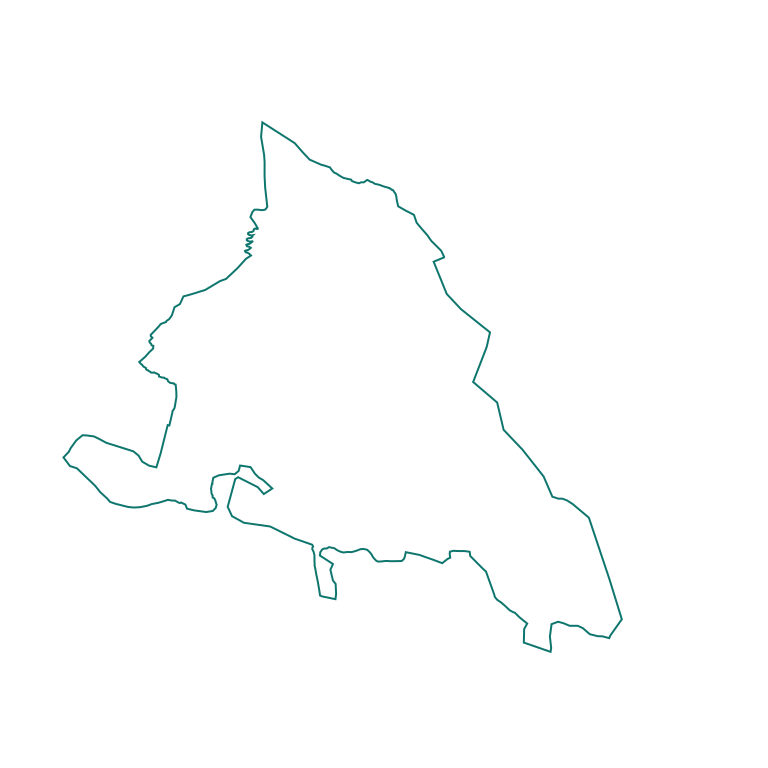 Birnin Kudu, Jigawa, Nigeria, rotated 105°
{"feature_id": "59680162B7272699675434", "entity_name": "Birnin Kudu", "entity_type": "district", "adm_level": 2, "iso_a3": "NGA", "parent_name": "Nigeria", "parent_adm1": "Jigawa", "projection": "equal_earth", "projection_center": [9.426, 11.485], "detail": "fine", "context": "isolated", "style": "outline", "palette": "teal", "viewbox_px": 768, "rotation_deg": 105, "n_neighbors": 0, "source": "geoboundaries", "source_scale": "gbopen_adm2", "svg_char_len": 4869}
<svg xmlns="http://www.w3.org/2000/svg" viewBox="0 0 768 768"><g transform="rotate(105 384 384)"><path d="M537.9,674.6L542.0,669.3L544.5,666.2L544.9,658.8L557.1,636.6L561.8,630.3L566.4,621.5L568.8,618.1L569.2,612.1L569.0,599.4L568.1,593.8L566.1,587.7L563.0,581.4L560.0,577.1L557.2,571.3L554.2,566.4L551.8,562.7L551.5,558.8L550.7,555.7L551.7,551.9L551.8,550.4L551.0,549.2L551.9,544.6L555.4,542.0L555.2,534.6L553.7,522.6L551.0,516.6L547.4,514.5L544.3,514.4L544.0,514.4L539.7,517.1L538.2,518.6L538.2,519.7L537.6,520.4L536.3,520.5L534.7,522.1L529.8,524.0L524.9,524.3L524.6,523.9L523.6,524.3L518.7,524.6L514.9,519.8L510.6,510.0L509.8,504.9L505.6,501.9L500.0,501.9L498.8,491.4L504.0,485.5L506.8,480.7L508.1,475.9L513.8,464.9L521.4,471.6L516.3,479.3L511.8,500.8L514.4,503.1L543.1,503.2L551.0,496.6L554.3,483.3L551.1,457.1L556.5,430.2L557.8,411.8L559.3,410.4L560.7,410.8L562.2,410.5L563.2,409.5L564.6,408.4L567.3,406.9L573.8,405.1L575.5,404.5L577.3,404.1L578.9,403.2L581.6,401.9L585.3,400.2L589.6,398.0L593.3,396.2L600.3,393.0L604.9,391.0L605.2,388.8L605.0,385.6L604.4,375.2L599.2,375.9L589.6,379.0L587.1,382.4L577.3,387.7L571.1,386.7L566.3,401.5L562.9,402.0L559.7,400.8L558.4,399.2L557.7,396.7L555.8,394.9L555.5,389.3L556.4,387.0L557.0,384.5L557.3,382.1L557.2,379.5L555.8,376.0L554.7,371.7L553.2,369.1L551.4,366.3L549.7,364.1L548.6,361.0L548.5,357.3L550.2,354.1L552.0,351.7L553.9,350.1L555.4,347.9L556.7,345.8L557.1,344.0L556.3,341.2L554.4,336.3L553.3,331.1L551.0,323.1L550.4,321.1L547.7,319.4L545.2,319.2L540.8,319.4L539.9,305.4L540.4,299.9L541.0,291.4L542.0,281.4L536.5,277.3L534.7,275.1L531.0,276.6L528.9,276.9L527.2,273.9L526.2,269.3L524.5,262.9L523.9,257.8L527.8,256.2L536.2,241.8L538.8,236.9L559.1,222.9L561.0,221.8L563.0,219.1L565.0,213.7L567.0,209.6L570.0,204.1L571.0,200.1L571.0,198.5L574.1,193.1L576.9,186.9L578.3,183.7L584.4,185.2L597.6,182.0L599.6,153.8L595.7,154.2L585.0,158.4L572.6,160.0L568.6,154.3L568.6,148.9L569.5,142.1L567.4,134.1L568.4,128.7L572.4,120.5L572.3,112.4L571.2,107.6L571.2,100.7L568.4,100.3L549.7,93.4L514.4,115.6L474.2,142.2L460.1,151.5L451.2,170.5L449.1,177.0L448.6,182.0L449.6,185.8L449.3,192.2L432.0,205.9L411.6,233.2L397.3,256.6L372.6,269.9L359.0,298.4L321.8,294.4L315.7,294.6L306.7,295.0L300.2,309.8L291.8,329.0L280.8,346.7L253.0,367.7L246.2,358.8L245.7,358.8L245.4,359.0L245.1,359.3L240.5,363.2L233.5,375.4L229.0,380.7L224.7,387.2L219.8,394.2L212.9,398.8L210.8,408.3L208.7,416.3L203.4,419.1L199.8,420.6L197.5,421.9L194.6,425.3L194.6,425.5L194.5,425.8L194.5,426.0L194.4,426.0L194.4,426.3L194.3,426.5L194.2,426.8L194.2,427.0L194.1,427.3L194.0,427.5L193.9,427.8L193.9,428.0L193.8,428.4L193.7,428.5L193.6,428.8L193.5,429.0L193.5,429.3L193.4,429.3L193.4,429.5L193.3,429.8L193.3,434.9L192.8,440.0L193.0,444.6L192.1,447.4L192.2,448.7L192.1,449.4L191.5,451.4L191.2,452.7L191.4,453.2L194.4,455.7L195.2,458.5L196.6,460.2L196.6,464.7L196.2,467.6L195.1,468.7L195.3,472.2L195.4,476.6L194.3,480.9L193.1,484.3L192.5,487.3L190.4,490.4L188.8,492.2L188.4,498.2L188.5,501.2L186.5,514.0L186.4,514.1L181.2,522.5L174.5,532.5L166.8,556.6L162.8,569.2L177.1,566.7L193.5,559.2L200.4,556.8L214.3,553.1L225.1,549.6L243.0,542.6L244.9,543.2L246.4,544.0L247.7,546.9L248.3,551.3L249.2,554.3L252.2,555.7L257.4,556.2L261.6,551.0L264.4,548.1L265.3,547.4L266.1,546.3L266.7,546.1L267.1,546.7L267.2,548.8L268.4,549.8L269.5,549.5L270.1,549.9L271.0,550.4L271.6,551.7L272.3,553.3L273.3,554.3L274.5,554.0L275.0,552.5L274.8,550.4L274.3,549.3L274.6,549.5L275.7,549.2L276.3,549.6L277.2,550.1L277.8,551.4L278.5,553.0L279.5,554.0L280.7,553.7L281.2,552.1L281.1,550.1L280.2,548.1L280.4,547.9L282.3,549.2L283.6,550.4L284.2,551.8L285.1,553.0L286.4,552.0L286.3,550.2L286.8,548.4L287.0,547.9L288.5,548.9L289.8,550.1L290.5,551.5L291.3,552.7L292.6,551.7L292.5,549.9L293.0,548.1L294.1,546.0L294.3,545.7L298.9,549.8L309.7,555.3L323.4,563.8L327.0,569.0L339.4,581.0L345.6,590.8L348.3,595.2L351.3,600.4L359.6,601.8L364.0,606.2L369.5,606.5L372.7,606.7L376.9,608.3L379.4,610.4L380.6,610.6L381.6,612.1L382.8,613.9L383.9,615.2L387.2,616.7L397.0,622.1L398.3,621.5L399.3,619.6L403.2,621.8L404.5,621.1L405.5,619.3L406.8,618.5L406.8,616.7L409.5,616.2L409.8,616.3L414.1,619.0L419.4,621.6L426.1,626.1L427.7,623.7L428.0,622.6L429.3,621.2L429.7,619.8L430.1,618.2L431.3,617.6L431.8,616.6L431.9,615.4L432.3,614.8L432.7,612.9L433.2,612.3L433.1,610.8L432.3,609.0L432.6,607.6L432.8,605.8L433.4,603.8L434.2,603.5L435.0,603.2L435.2,600.7L435.1,599.5L434.8,598.1L435.2,597.2L435.5,594.5L437.1,593.4L438.2,591.2L438.1,589.1L437.8,587.1L438.5,586.4L438.5,585.1L442.4,583.6L445.9,582.4L450.5,581.1L461.2,580.1L463.9,580.8L464.5,581.2L467.3,581.0L479.6,580.6L479.7,582.3L508.8,581.8L523.4,582.3L523.7,589.7L521.6,597.4L516.7,602.5L513.9,608.7L512.7,636.9L510.8,644.9L509.7,650.6L510.6,657.7L511.5,661.9L518.2,666.7L527.5,670.2L528.7,670.4L531.1,670.9L537.9,674.6Z" fill="none" stroke="#0f766e" stroke-width="2"/></g></svg>